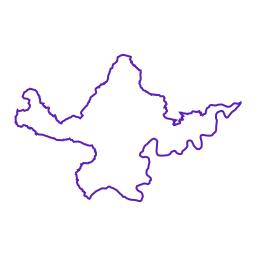 Lithipeng, Mohale's Hoek, Lesotho (Albers equal-area conic projection)
{"feature_id": "5366337B6317633557829", "entity_name": "Lithipeng", "entity_type": "district", "adm_level": 2, "iso_a3": "LSO", "parent_name": "Lesotho", "parent_adm1": "Mohale's Hoek", "projection": "albers", "projection_center": [27.697, -30.239], "detail": "fine", "context": "isolated", "style": "outline", "palette": "violet", "viewbox_px": 256, "rotation_deg": 0, "n_neighbors": 0, "source": "geoboundaries", "source_scale": "gbopen_adm2", "svg_char_len": 5802}
<svg xmlns="http://www.w3.org/2000/svg" viewBox="0 0 256 256"><path d="M185.3,149.0L187.0,147.0L187.4,145.8L187.2,142.7L187.4,141.4L188.6,140.6L189.9,140.4L191.2,140.8L191.9,141.4L194.0,146.0L196.1,148.2L197.2,149.0L199.5,149.1L201.4,147.3L201.8,144.8L201.6,141.5L200.6,138.0L200.6,136.2L201.3,135.2L202.4,134.9L208.2,135.7L211.2,135.6L212.5,134.9L213.4,133.6L215.6,131.8L216.2,129.6L216.2,126.3L216.9,120.9L216.6,119.4L216.0,118.2L216.0,115.1L216.5,113.7L217.5,112.4L219.5,111.4L222.1,110.9L222.6,111.1L223.5,112.2L225.2,116.4L226.5,117.6L227.7,117.4L231.7,112.3L235.3,109.7L237.0,107.5L239.4,105.1L240.6,103.1L240.6,102.5L238.1,103.8L234.8,103.3L233.6,103.6L230.8,106.1L229.7,106.6L227.8,106.8L226.1,106.3L222.0,104.5L218.7,104.6L215.7,105.5L211.1,105.0L209.8,105.5L209.2,106.3L209.1,107.1L206.9,108.2L206.1,110.5L206.1,111.6L205.7,112.1L205.7,113.3L205.2,113.8L203.7,114.2L202.5,115.4L201.4,114.1L200.9,114.5L201.0,112.5L200.3,112.4L199.8,112.8L199.0,112.0L199.1,111.2L196.8,112.0L192.9,111.3L191.7,112.3L191.5,113.2L188.4,113.5L187.7,114.2L185.7,113.5L183.4,113.4L181.9,112.7L180.1,112.6L180.7,113.6L183.3,116.1L181.8,116.9L181.6,117.7L182.2,118.0L182.9,119.2L182.7,119.8L181.7,119.9L181.1,119.4L180.3,119.9L179.8,119.7L179.7,120.7L179.2,121.1L180.2,122.0L179.9,123.3L178.8,123.5L174.7,125.1L173.8,125.0L173.3,124.2L174.4,123.3L173.8,121.8L174.9,121.3L175.0,120.9L176.0,120.2L174.7,119.8L173.1,119.9L172.3,119.4L166.8,118.3L166.0,117.7L165.3,117.6L164.0,116.0L163.6,114.6L163.9,114.2L165.7,113.0L165.9,112.3L167.1,111.2L166.9,110.3L165.9,109.0L166.1,107.9L165.7,107.4L164.4,107.5L164.8,106.3L165.3,106.1L165.6,105.1L166.5,104.4L166.5,103.7L165.9,103.0L165.9,102.3L164.5,101.2L164.0,100.3L164.2,98.8L164.6,98.3L164.2,97.2L163.6,96.5L162.7,96.2L160.4,96.3L159.7,95.4L158.8,95.0L157.3,95.1L156.0,94.6L155.4,95.0L152.9,94.3L151.4,94.9L150.9,94.0L149.1,93.6L147.4,92.0L146.3,91.9L146.0,91.2L143.1,90.0L141.9,88.0L141.2,87.8L140.7,87.1L140.5,85.8L139.4,83.4L139.9,82.2L139.5,81.4L140.5,80.2L140.7,78.9L140.4,74.0L140.8,72.4L140.5,71.9L140.7,70.5L139.1,70.0L138.3,69.0L137.6,68.8L136.9,68.1L136.9,67.7L135.9,67.2L135.6,66.5L134.9,66.1L135.1,65.8L134.9,65.5L134.2,65.2L133.9,65.6L132.7,64.6L132.1,62.4L131.7,62.7L131.0,62.4L131.0,62.1L131.5,61.8L131.5,61.4L129.9,59.4L130.8,57.6L130.8,56.8L124.6,55.1L123.1,54.8L120.4,55.6L119.1,56.6L117.8,57.1L116.9,61.5L114.6,63.5L113.0,64.4L112.2,68.1L110.7,68.6L109.5,72.6L108.4,75.1L108.0,77.4L108.2,78.2L107.0,81.4L104.6,82.7L104.7,83.2L103.6,83.5L103.7,84.1L101.0,84.4L100.7,85.2L99.4,85.9L99.3,87.3L97.9,87.2L97.8,87.6L96.6,87.8L95.7,88.9L95.5,89.7L96.1,91.6L96.1,92.8L95.7,93.5L90.8,97.2L90.3,98.2L90.1,99.6L89.2,100.9L89.2,102.0L88.3,102.4L87.2,105.4L86.3,106.0L83.4,109.1L81.0,112.3L81.3,113.9L82.7,115.6L80.2,118.3L78.8,117.3L76.4,116.9L73.5,115.6L72.0,116.3L70.7,117.5L69.5,117.6L66.8,119.2L66.0,119.2L64.5,120.6L62.8,121.3L62.2,121.8L61.5,123.4L60.8,123.3L60.0,122.5L59.2,122.5L58.7,121.9L58.7,121.4L57.3,120.7L56.5,119.8L56.5,119.0L56.3,118.4L55.8,118.3L55.7,116.6L55.2,116.6L54.9,115.3L53.3,116.3L52.5,115.2L50.1,113.9L50.2,113.3L49.0,112.4L48.4,110.2L49.0,107.9L48.0,107.4L46.2,108.0L45.7,107.8L45.3,106.7L44.4,106.8L44.1,106.0L43.0,105.1L42.7,104.2L43.3,103.6L40.5,103.0L40.2,102.2L40.4,101.8L40.1,101.3L40.1,98.8L39.4,98.2L39.6,97.6L39.5,96.3L39.0,96.0L38.6,94.9L37.9,94.5L37.0,91.9L35.2,90.1L30.3,88.8L30.3,89.0L27.8,89.7L25.7,91.6L24.2,92.3L22.6,96.6L24.1,98.4L27.7,98.8L28.7,99.8L29.4,100.0L29.2,101.9L28.5,103.2L29.9,105.1L29.7,107.0L27.7,109.9L24.3,110.8L23.3,109.8L20.9,110.8L18.4,111.0L17.6,110.1L17.2,111.1L17.4,112.0L17.1,112.7L17.4,113.7L17.2,114.5L16.5,115.3L16.0,116.6L15.4,117.0L15.8,118.3L15.6,118.8L15.9,121.3L15.5,121.8L15.6,122.3L16.5,122.6L16.6,123.0L16.0,123.2L16.3,123.8L17.3,124.6L17.8,125.7L19.2,126.3L20.6,126.4L21.1,126.9L22.3,126.4L23.3,125.1L25.1,125.3L26.1,126.0L27.2,126.0L27.8,127.4L29.8,128.7L30.2,128.4L29.9,127.7L31.2,127.9L32.5,128.8L32.7,129.5L35.7,131.7L35.6,133.8L36.3,134.5L37.3,133.6L38.4,134.4L42.5,134.7L53.2,138.4L53.9,138.1L56.5,139.9L57.5,140.0L62.8,140.3L63.5,139.6L66.5,139.7L67.1,139.2L68.5,139.2L69.5,138.5L70.9,139.9L72.3,140.0L73.6,141.8L78.2,141.5L81.2,142.4L84.4,144.2L86.4,144.6L86.9,145.1L90.1,145.7L92.2,145.4L93.2,147.9L94.9,149.3L94.9,151.2L95.4,151.0L95.9,153.2L96.0,154.8L95.7,155.5L94.8,156.2L94.7,158.9L93.7,159.1L93.4,160.1L91.8,161.6L90.1,162.5L88.6,162.7L88.2,163.3L83.4,163.0L83.2,163.6L82.1,164.2L81.0,164.3L81.5,165.8L80.4,167.1L80.4,168.4L79.4,168.9L79.2,170.2L78.9,170.3L78.7,169.7L77.8,169.9L78.1,170.9L76.0,172.6L75.7,174.1L76.5,174.8L76.5,176.2L77.1,178.5L76.6,179.4L77.3,180.1L78.0,180.1L78.0,180.4L77.2,181.0L76.9,182.3L77.8,184.9L78.6,185.3L79.8,188.1L81.0,188.6L81.5,189.5L82.2,189.4L82.7,190.2L82.8,191.3L83.8,191.5L85.1,192.7L84.9,193.0L84.4,192.9L84.7,194.0L84.3,195.1L84.4,195.7L85.3,196.2L86.4,196.3L88.3,198.4L89.4,198.8L90.2,198.1L90.5,196.9L92.0,194.8L95.9,191.4L102.0,188.3L106.2,188.5L108.5,186.6L109.9,186.7L110.7,187.4L113.5,188.3L115.3,189.5L116.3,189.8L120.3,193.9L121.8,195.0L123.1,196.9L124.9,196.9L126.7,198.3L130.2,199.6L135.5,200.1L139.8,201.2L140.7,200.9L141.3,200.5L142.8,196.7L142.6,195.0L142.1,193.5L141.2,192.3L138.4,190.8L136.9,189.3L136.4,187.6L137.0,186.1L143.8,183.5L145.4,183.5L148.0,184.2L149.5,183.2L149.8,180.7L150.9,180.2L151.0,179.8L150.7,178.0L147.0,174.8L146.4,173.1L146.7,170.3L148.4,168.0L148.4,166.7L149.5,161.8L148.5,157.9L146.2,156.8L142.8,157.3L140.5,156.1L139.9,154.9L140.5,153.0L143.0,151.0L143.6,148.2L144.9,145.8L147.3,143.9L151.8,139.5L153.5,138.8L154.8,138.7L156.5,140.0L157.3,141.3L156.5,151.3L156.9,153.4L157.7,154.8L158.8,155.4L161.6,155.7L167.6,155.2L170.0,154.1L171.4,151.9L174.3,150.8L175.4,151.1L176.6,152.9L178.8,153.9L181.1,154.1L181.7,153.7L182.5,151.2L185.3,149.0Z" fill="none" stroke="#5b21b6" stroke-width="2"/></svg>